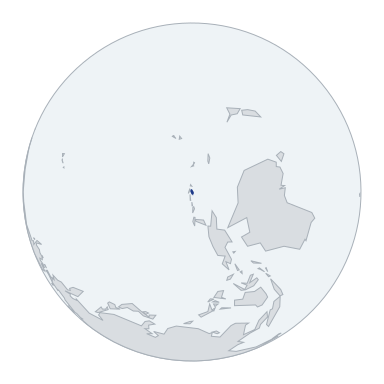 globe centered on Guadalcanal, rotated 230°
{"feature_id": "SLB-1263", "entity_name": "Guadalcanal", "entity_type": "Province", "adm_level": 1, "iso_a3": "SLB", "parent_name": "Solomon Islands", "parent_adm1": "", "projection": "orthographic", "projection_center": [160.135, -9.592], "detail": "fine", "context": "on_globe", "style": "filled", "palette": "blue", "viewbox_px": 384, "rotation_deg": 230, "n_neighbors": 0, "source": "natural_earth", "source_scale": "10m", "svg_char_len": 6457}
<svg xmlns="http://www.w3.org/2000/svg" viewBox="0 0 384 384"><g transform="rotate(230 192 192)"><circle cx="192" cy="192" r="169" fill="#eef3f6" stroke="#a8b0b8"/><path d="M247.2,212.7L247.3,213.9L247.0,214.1L247.2,212.7ZM341.1,112.6L341.0,112.2L340.9,112.1L341.1,112.6ZM336.5,104.4L332.4,98.1L328.6,93.1L316.7,78.8L300.9,63.0L304.2,65.7L300.0,62.1L295.6,58.7L293.7,57.5L273.4,44.4L257.4,38.2L256.5,39.3L253.5,37.1L254.5,42.1L248.5,43.1L252.8,40.2L251.3,38.7L246.0,38.1L243.3,36.5L239.1,35.6L236.4,33.9L239.1,32.9L237.4,32.0L233.7,31.7L228.6,30.3L234.3,30.7L226.0,28.4L229.0,27.6L246.4,32.0L257.4,36.2L268.1,41.1L278.4,46.8L288.4,53.2L297.8,60.3L306.7,68.0L315.1,76.3L322.9,85.2L330.0,94.6L336.5,104.4ZM303.4,118.9L302.1,115.3L304.7,117.6L303.4,118.9ZM300.1,113.1L300.8,114.3L299.9,113.3L300.1,113.1ZM298.6,112.4L299.7,112.9L298.6,112.7L298.6,112.4ZM296.8,111.9L297.8,112.0L297.7,112.1L296.8,111.9ZM293.6,110.0L292.8,109.4L293.6,109.2L293.6,110.0ZM293.3,57.3L295.8,58.9L300.8,62.8L299.0,61.6L293.3,57.3ZM283.5,50.9L283.9,50.9L288.5,54.1L286.9,53.1L283.5,50.9ZM256.5,40.9L259.0,41.2L257.5,41.5L256.5,40.9ZM239.1,35.8L239.2,36.3L237.0,35.6L239.1,35.8ZM230.8,32.6L227.2,31.6L231.3,32.3L230.8,32.6ZM225.4,30.9L216.7,29.0L216.3,29.8L212.6,27.0L221.2,29.2L226.4,29.9L224.3,30.1L225.4,30.9ZM212.0,26.0L210.3,25.6L212.6,25.9L212.0,26.0ZM162.3,25.7L156.3,26.9L165.9,25.5L165.2,26.6L167.4,25.9L173.4,25.6L173.7,25.2L175.2,25.0L190.9,25.4L192.8,26.1L202.1,26.7L203.2,26.5L202.3,25.9L212.6,27.0L216.3,29.8L213.5,30.0L217.7,32.1L210.8,32.4L207.0,34.0L197.0,33.8L194.9,35.5L196.8,36.3L195.4,39.6L185.8,44.8L185.2,37.3L197.9,31.2L192.0,33.1L190.8,31.9L187.2,32.2L183.2,34.0L184.3,34.6L165.2,35.4L150.8,41.3L157.8,41.4L158.7,44.0L148.4,53.5L122.0,67.2L123.0,72.8L120.7,76.5L114.7,78.6L117.9,73.2L114.9,71.1L117.6,68.1L109.1,70.4L112.6,66.2L104.2,70.5L103.6,73.9L109.8,73.0L101.1,79.2L103.0,85.7L99.4,93.8L83.3,108.9L72.6,114.1L71.2,117.0L69.0,114.1L62.9,120.2L64.6,136.0L63.5,140.9L55.2,151.1L55.6,147.4L49.6,139.7L46.3,151.7L50.7,160.8L52.1,172.5L47.7,169.4L46.5,159.3L44.5,156.2L46.6,145.7L48.0,131.2L43.7,134.9L45.6,129.0L46.8,118.1L41.5,123.4L32.1,141.6L28.2,157.4L26.1,165.3L29.9,144.5L31.3,139.7L35.5,128.3L40.5,117.2L46.3,106.5L52.8,96.2L60.0,86.5L68.0,77.3L76.5,68.7L85.7,60.7L95.4,53.4L105.6,46.8L116.3,41.0L127.3,35.9L138.7,31.7L150.4,28.2L162.3,25.7ZM80.3,317.4L82.7,319.0L82.9,319.6L80.3,317.4ZM82.3,198.8L86.5,199.4L86.4,200.2L82.3,198.8ZM77.9,196.2L82.4,196.2L77.4,198.0L77.9,196.2ZM84.2,196.3L88.8,194.6L90.8,193.3L90.6,194.9L84.2,196.3ZM75.0,196.4L60.3,197.3L55.0,195.7L55.9,192.7L64.6,192.5L75.0,196.4ZM55.5,192.6L47.7,185.5L39.8,164.2L42.6,163.9L51.4,176.1L50.8,178.6L55.5,184.4L55.5,192.6ZM75.6,175.9L74.9,183.5L66.5,183.3L62.9,182.4L60.4,173.1L61.8,168.3L64.6,168.1L77.6,151.5L81.8,155.1L77.3,162.0L80.9,168.2L75.6,175.9ZM28.1,158.8L27.5,167.6L26.6,169.7L28.1,158.8ZM84.2,140.4L78.1,147.4L84.2,138.2L84.2,140.4ZM88.7,132.0L88.4,135.4L86.8,132.2L88.7,132.0ZM69.8,121.4L66.6,122.5L67.2,120.2L71.6,117.6L69.8,121.4ZM96.6,100.9L94.1,107.3L92.6,109.5L92.4,105.7L96.6,100.9ZM218.4,280.4L222.7,282.6L219.3,287.6L213.4,292.4L205.3,292.9L218.4,280.4ZM162.2,287.0L158.0,280.1L165.8,280.2L165.9,286.0L162.2,287.0ZM222.9,276.9L225.8,271.5L223.0,263.6L227.3,271.1L234.2,272.7L224.9,282.5L222.9,276.9ZM122.6,258.0L99.3,270.6L93.0,269.2L92.1,263.7L81.4,248.0L83.2,248.2L78.9,237.7L91.3,227.6L99.4,210.4L109.1,211.6L114.7,199.7L125.7,201.0L124.0,210.4L137.2,217.5L141.7,196.5L154.0,220.3L166.5,229.8L175.0,245.8L168.4,271.2L160.7,275.7L157.3,272.9L154.6,275.4L147.6,273.7L139.9,264.5L137.4,267.1L138.1,260.6L135.3,266.2L129.9,260.5L122.6,258.0ZM202.8,222.9L205.5,224.0L211.0,229.0L206.6,227.5L202.8,222.9ZM240.6,216.1L242.7,218.5L239.6,218.4L240.6,216.1ZM247.0,214.1L243.3,214.1L247.2,212.7L247.0,214.1ZM212.0,210.7L213.7,212.5L212.8,212.8L212.0,210.7ZM210.9,210.1L211.8,207.9L212.2,210.3L210.9,210.1ZM196.5,195.6L197.8,194.6L198.6,195.7L196.5,195.6ZM92.7,199.4L98.1,193.4L101.5,192.9L92.7,199.4ZM194.1,192.8L190.6,192.1L190.7,191.0L194.1,192.8ZM193.9,190.0L193.3,188.2L196.1,192.6L193.9,190.0ZM186.8,185.3L191.4,188.9L186.4,185.6L186.8,185.3ZM184.4,185.4L181.3,183.7L181.5,183.2L184.4,185.4ZM153.8,184.3L164.7,195.3L156.8,194.2L147.6,187.2L141.8,192.5L128.0,190.6L130.7,187.2L128.4,181.7L115.1,179.0L112.4,175.4L116.8,173.2L108.5,170.3L117.5,169.0L121.6,176.2L126.8,171.0L136.7,173.0L146.8,176.2L155.7,182.3L153.8,184.3ZM118.3,184.7L119.9,184.8L118.7,186.9L118.3,184.7ZM175.5,179.0L180.0,183.1L179.6,183.9L177.5,183.1L175.5,179.0ZM157.6,181.3L166.8,176.3L169.1,176.7L163.1,182.8L157.6,181.3ZM164.2,172.2L168.8,173.6L171.5,177.2L170.6,178.0L164.2,172.2ZM99.8,177.6L99.5,179.5L97.3,178.0L99.8,177.6ZM102.6,176.4L109.5,178.7L102.0,178.1L102.6,176.4ZM83.5,169.7L85.2,174.3L90.8,171.2L86.6,175.6L90.7,183.2L89.6,186.1L85.4,177.8L84.6,186.5L82.2,186.4L80.5,179.0L82.7,170.1L85.1,166.4L95.4,164.8L83.5,169.7ZM102.4,170.8L100.6,165.4L102.0,161.9L103.9,164.7L102.4,170.8ZM96.2,152.8L92.4,146.9L88.3,149.2L97.2,141.0L99.2,147.9L96.2,152.8ZM93.9,139.9L90.0,142.0L94.5,137.2L93.9,139.9ZM89.4,140.0L89.6,136.0L92.4,136.5L89.4,140.0ZM95.8,140.1L97.6,133.3L98.4,137.3L95.8,140.1ZM90.2,127.3L94.9,133.6L87.6,131.0L90.3,118.5L93.6,118.1L90.2,127.3ZM127.2,80.9L128.0,78.0L131.8,77.4L130.2,79.6L127.2,80.9ZM145.0,74.5L133.1,76.4L123.7,78.7L125.3,80.1L120.8,85.1L119.8,80.3L128.4,75.1L135.1,74.3L138.6,70.5L145.1,68.2L147.6,63.6L151.2,61.9L151.0,66.0L145.0,74.5ZM148.4,61.7L155.1,54.3L161.1,56.0L161.0,58.0L155.4,60.5L152.5,59.4L148.4,61.7ZM158.5,53.2L155.8,52.2L160.0,42.5L162.4,41.0L162.4,48.5L159.9,48.1L157.8,50.5L158.5,53.2ZM209.4,25.7L210.2,25.6L210.9,25.9L209.4,25.7ZM175.2,24.8L177.4,24.5L178.1,24.7L175.2,24.8ZM183.8,24.0L181.5,24.0L184.9,23.9L183.8,24.0ZM176.2,24.1L181.1,23.9L175.1,24.3L176.2,24.1Z" fill="#d9dde1" stroke="#a8b0b8" stroke-width="1"/><path d="M191.7,191.5L191.8,191.5L192.0,191.5L192.3,191.5L192.6,191.5L192.8,191.5L193.0,191.7L193.1,191.8L193.3,191.9L193.4,192.0L193.5,192.1L193.6,192.3L193.8,192.4L193.9,192.5L194.0,192.6L194.0,192.8L193.9,192.9L193.7,192.9L193.5,193.0L193.3,193.0L193.1,192.9L192.9,192.9L192.7,192.8L192.7,192.7L192.2,192.6L191.8,192.7L191.7,192.7L191.4,192.6L191.2,192.6L190.9,192.4L190.8,192.2L190.7,192.2L190.6,191.9L190.4,191.8L190.5,191.7L190.5,191.4L190.4,191.3L190.5,191.3L190.5,191.2L190.8,191.0L191.0,191.1L191.2,191.3L191.3,191.3L191.3,191.5L191.5,191.6L191.7,191.5Z" fill="#3b82f6" stroke="#1e3a8a" stroke-width="1.5"/></g></svg>